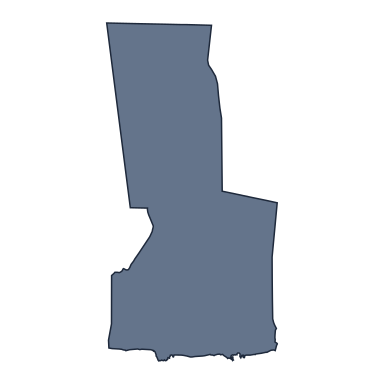 the district of Lotofaga, Atua, Samoa
{"feature_id": "51752279B14441590630946", "entity_name": "Lotofaga", "entity_type": "district", "adm_level": 2, "iso_a3": "WSM", "parent_name": "Samoa", "parent_adm1": "Atua", "projection": "natural_earth1", "projection_center": [-171.572, -14.0], "detail": "fine", "context": "isolated", "style": "filled", "palette": "slate", "viewbox_px": 384, "rotation_deg": 0, "n_neighbors": 0, "source": "geoboundaries", "source_scale": "gbopen_adm2", "svg_char_len": 2160}
<svg xmlns="http://www.w3.org/2000/svg" viewBox="0 0 384 384"><path d="M108.9,348.0L112.1,348.6L119.1,349.0L121.7,349.3L123.3,349.9L125.4,350.2L125.8,350.7L129.6,349.7L137.7,349.0L139.8,349.6L141.8,349.2L147.1,349.5L150.8,349.7L152.7,350.3L153.5,351.1L153.8,350.7L155.2,352.1L155.7,353.8L156.1,354.5L156.1,356.0L156.8,356.9L158.2,360.3L158.9,361.0L159.7,360.5L160.7,360.7L161.6,360.1L163.3,360.7L164.4,359.9L165.2,360.7L166.6,360.4L166.9,359.5L167.6,359.4L167.9,357.7L169.5,358.2L169.6,356.8L170.3,356.0L170.3,355.3L171.9,354.9L173.2,357.0L173.5,356.9L174.0,355.0L176.7,355.0L181.5,355.1L183.7,355.4L186.8,356.0L190.4,357.0L191.9,357.0L195.1,356.5L202.6,356.0L204.8,355.7L210.2,354.4L210.9,355.0L212.5,355.0L214.1,355.6L214.9,355.1L217.4,354.3L219.8,354.1L220.6,354.8L222.6,354.4L223.8,355.5L227.0,357.6L227.6,358.5L228.8,358.0L230.7,358.6L231.4,359.4L232.4,359.5L232.6,360.5L233.4,360.0L232.5,358.7L233.0,358.1L232.7,356.9L231.2,358.1L230.7,357.5L231.3,355.5L232.8,354.8L233.8,355.1L234.3,354.7L235.3,355.0L236.1,354.6L236.9,354.8L237.2,353.5L237.8,353.0L239.3,353.1L240.1,354.1L239.9,356.5L240.8,357.8L241.9,355.3L243.1,355.2L243.0,356.7L243.4,357.5L244.4,357.6L244.7,356.6L244.5,355.6L246.3,355.1L250.2,355.1L254.3,354.4L255.2,354.6L255.9,354.0L261.1,353.3L265.9,352.3L267.0,352.3L270.5,350.5L271.4,350.2L273.9,350.0L275.2,350.6L276.6,345.3L277.3,343.9L277.1,343.4L275.0,342.0L275.2,339.5L274.9,337.8L275.0,335.0L275.4,330.1L276.4,328.5L274.7,325.2L273.7,322.8L272.7,318.9L272.4,299.5L272.2,278.4L272.1,257.1L277.2,202.8L266.7,200.5L252.6,197.6L222.2,191.2L221.5,118.1L219.9,108.1L218.5,95.6L217.5,83.8L215.5,76.3L211.6,69.6L208.6,65.2L207.6,60.2L211.5,25.3L186.0,24.6L181.0,24.6L163.6,24.2L133.7,23.6L106.7,23.0L117.4,106.9L130.3,207.7L147.5,208.1L147.4,209.3L147.8,212.1L148.7,214.9L149.9,217.7L153.3,226.0L153.1,227.6L152.5,229.8L152.3,231.3L149.8,236.7L138.9,253.1L134.8,259.0L133.7,261.0L131.1,264.4L129.7,267.7L128.4,269.6L127.1,270.0L125.9,269.8L123.6,268.6L123.1,268.9L122.1,270.9L120.5,272.1L119.3,272.6L117.3,272.3L114.9,272.3L113.9,273.5L111.6,275.5L111.5,323.9L108.5,340.2L108.9,348.0Z" fill="#64748b" stroke="#1e293b" stroke-width="1.5"/></svg>